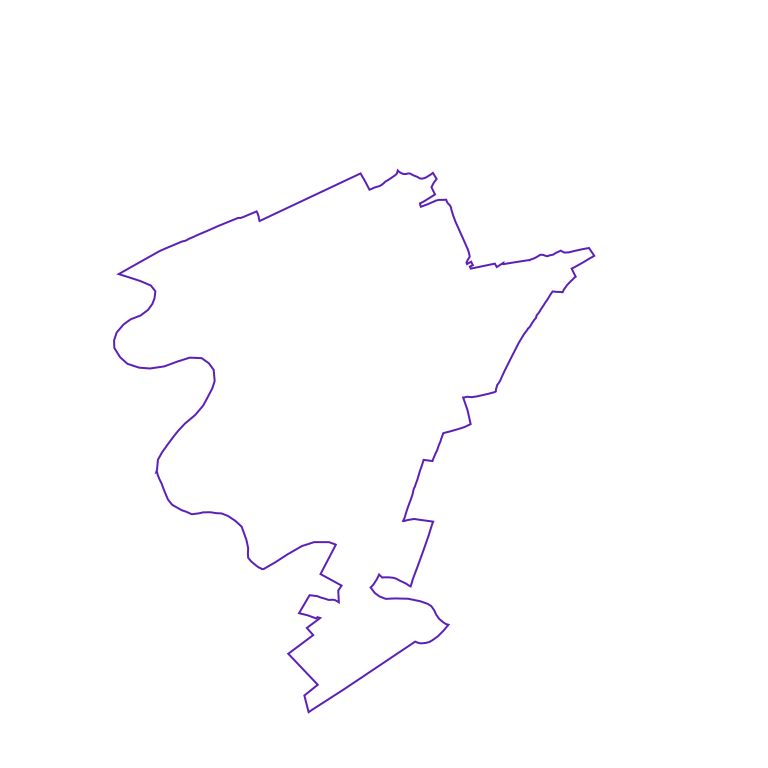 Teasc, Dolj, Romania (Robinson projection), rotated 326°
{"feature_id": "2599482B57508390808222", "entity_name": "Teasc", "entity_type": "district", "adm_level": 2, "iso_a3": "ROU", "parent_name": "Romania", "parent_adm1": "Dolj", "projection": "robinson", "projection_center": [23.888, 44.168], "detail": "fine", "context": "isolated", "style": "outline", "palette": "violet", "viewbox_px": 768, "rotation_deg": 326, "n_neighbors": 0, "source": "geoboundaries", "source_scale": "gbopen_adm2", "svg_char_len": 5650}
<svg xmlns="http://www.w3.org/2000/svg" viewBox="0 0 768 768"><g transform="rotate(326 384 384)"><path d="M302.8,619.6L301.0,617.5L299.7,614.2L298.4,609.7L298.3,604.4L299.1,599.7L299.0,594.7L297.3,590.7L292.6,584.4L283.9,575.5L273.3,568.0L265.3,563.1L261.5,557.7L259.5,552.1L259.1,545.2L262.7,544.5L268.6,542.0L272.6,539.7L273.4,539.2L273.5,540.2L273.8,541.4L274.1,542.4L274.3,543.5L275.8,544.2L278.2,545.8L279.9,547.0L281.6,548.4L283.3,549.8L285.3,552.3L286.7,555.1L289.7,560.1L290.9,562.3L291.7,564.5L292.9,566.7L296.3,564.0L298.4,562.2L303.7,558.4L309.9,554.0L319.0,547.4L324.3,543.5L335.2,535.4L344.7,527.8L346.9,526.2L347.8,525.6L335.5,514.6L333.7,512.9L333.2,512.6L332.1,512.1L328.2,510.3L327.0,509.8L325.1,509.2L323.9,508.7L323.4,508.5L323.2,508.3L326.5,506.3L327.9,505.1L331.4,502.2L337.0,498.0L341.4,494.9L345.8,491.6L349.1,488.4L350.6,487.2L351.7,486.7L353.0,485.7L358.1,482.0L362.6,478.3L365.1,476.2L368.7,473.6L370.0,472.6L374.4,469.1L377.2,471.5L381.1,475.0L383.0,473.6L386.2,471.5L388.7,469.9L390.0,469.3L392.1,467.8L395.2,465.4L398.7,463.2L400.3,461.8L401.5,460.9L402.2,460.5L405.7,457.9L411.8,460.1L420.7,463.0L426.6,464.7L433.4,465.7L438.7,452.2L440.6,444.9L442.0,439.6L442.1,439.4L443.2,440.1L444.2,440.5L445.3,440.8L446.0,441.2L449.1,443.8L450.0,444.3L451.2,444.8L454.0,446.2L457.6,447.6L465.4,450.6L470.1,452.2L471.3,452.6L472.6,452.7L473.9,450.9L475.0,450.1L477.5,448.0L479.0,447.6L480.9,446.8L483.0,445.7L486.4,443.5L492.3,440.0L503.1,433.9L518.8,425.2L525.5,422.1L528.6,420.7L531.4,419.8L533.4,419.1L534.3,418.5L535.5,418.5L537.0,418.1L538.3,417.5L540.2,416.6L542.6,415.6L544.3,414.9L545.4,414.6L546.7,414.3L547.5,413.7L548.3,413.0L548.9,412.5L549.3,412.3L549.8,412.1L550.3,412.0L551.3,411.8L552.0,411.5L553.4,411.0L555.0,410.2L556.2,409.7L557.8,409.0L560.1,408.1L563.2,406.7L565.4,405.9L567.8,404.9L569.9,403.9L571.6,403.1L574.9,401.8L575.6,401.6L575.8,401.8L578.8,404.3L579.9,405.0L581.7,406.4L583.4,407.8L584.1,407.4L584.9,406.9L585.4,406.6L585.9,406.3L587.3,405.8L588.0,405.5L589.6,405.0L590.4,404.6L591.2,404.3L594.2,403.7L596.3,403.2L598.0,403.0L600.1,402.5L601.6,402.3L602.9,402.3L604.1,393.3L608.4,393.8L618.1,394.6L625.2,394.9L627.9,395.2L630.0,395.3L630.0,385.9L625.1,383.7L616.8,380.4L613.8,379.3L610.6,378.1L606.9,375.8L605.1,372.3L604.4,372.2L601.5,371.7L599.7,371.4L597.4,371.4L596.5,371.3L596.2,371.2L594.8,370.6L593.7,370.2L592.6,369.7L591.7,369.7L590.8,369.3L590.3,368.8L589.5,367.9L588.9,367.1L588.1,366.0L587.8,365.6L587.3,365.3L586.0,364.4L585.3,364.2L583.9,364.2L583.1,364.2L581.7,364.1L580.4,364.0L578.9,363.8L577.6,363.5L575.5,362.9L574.3,362.7L574.1,362.8L574.0,362.6L573.2,362.2L566.8,359.2L562.0,356.9L559.8,355.9L554.4,353.4L550.0,351.4L549.7,351.1L550.5,350.3L542.9,350.1L543.2,346.2L520.5,336.9L520.8,334.7L524.1,335.2L524.6,331.3L519.9,331.0L520.2,329.6L522.4,328.1L525.2,326.9L526.4,326.2L528.0,322.0L528.7,319.6L531.2,305.7L531.8,302.0L533.1,294.8L533.5,292.3L534.1,289.0L534.6,287.1L535.1,284.9L535.5,283.2L536.0,281.5L537.7,276.2L538.2,275.4L538.4,274.2L538.5,272.5L538.1,270.5L538.0,268.2L538.6,266.0L535.2,263.9L532.5,262.1L529.8,261.0L527.0,260.6L524.2,260.0L521.2,259.5L513.7,257.7L513.8,257.2L513.9,256.5L514.1,256.0L514.5,255.2L514.8,254.4L518.6,254.9L523.1,255.1L528.7,255.3L532.3,255.4L533.0,250.0L533.4,247.4L534.1,247.0L535.7,246.1L538.0,244.9L542.3,243.4L542.6,236.3L539.9,236.5L538.1,236.4L536.1,236.3L533.7,236.2L532.0,235.7L530.5,235.1L529.3,234.2L528.5,233.2L528.0,232.2L527.7,231.4L527.1,230.4L526.4,229.4L525.6,228.3L524.6,226.6L524.2,225.9L523.6,224.8L523.2,224.0L522.8,223.6L522.0,223.1L521.2,222.7L520.5,222.5L519.8,222.3L518.5,221.5L517.8,220.9L517.3,220.4L516.3,219.0L515.9,218.1L515.5,217.4L515.3,216.7L514.9,215.5L514.8,214.7L513.1,216.1L512.6,216.7L511.9,216.9L510.1,217.2L507.0,217.2L503.2,217.2L501.1,217.2L499.3,217.0L498.1,217.0L495.9,217.4L493.6,217.6L491.1,217.4L487.6,216.3L485.2,215.6L483.7,215.5L480.6,214.8L481.6,206.2L482.3,196.3L372.0,179.3L372.8,176.8L373.7,175.2L374.5,172.2L374.9,169.7L360.9,166.9L358.0,166.2L357.0,165.4L355.8,164.7L342.5,161.9L334.9,160.3L323.0,158.2L314.9,156.6L311.0,155.9L308.2,155.5L303.5,154.6L302.9,154.5L302.0,154.5L300.9,154.4L299.2,154.1L298.3,153.7L296.1,152.9L279.4,149.6L272.2,148.3L225.5,144.5L232.4,153.2L239.5,162.3L245.8,172.0L246.3,179.3L241.7,184.6L236.7,188.1L229.9,190.6L220.5,191.1L210.3,188.7L201.4,189.0L191.2,191.8L184.6,196.9L180.6,203.3L180.2,214.2L182.6,223.8L190.1,233.5L198.7,240.3L211.6,246.5L225.4,249.9L237.6,253.5L247.3,260.6L250.4,268.9L250.7,277.1L245.3,286.8L239.4,291.5L230.2,296.5L221.9,300.8L210.1,304.1L196.8,305.5L187.3,307.7L180.1,309.9L171.0,313.1L161.7,316.6L154.2,320.4L148.1,327.9L146.0,329.7L146.8,329.7L145.6,332.7L144.6,337.4L144.0,341.9L142.8,346.8L141.8,351.3L140.3,358.9L140.8,365.6L141.6,367.3L145.7,375.5L148.6,379.3L151.7,384.3L152.4,384.8L158.4,387.8L162.3,389.3L168.2,393.1L173.1,397.6L176.8,400.3L180.9,406.2L184.2,414.3L186.2,422.6L184.7,428.7L182.8,436.2L179.6,444.1L176.0,449.0L174.2,452.2L174.7,456.9L176.6,463.4L177.6,466.1L179.1,468.4L179.3,469.2L180.7,470.1L187.1,470.5L193.5,471.0L209.3,471.3L225.6,472.5L231.6,474.3L237.6,476.0L249.9,484.3L253.6,489.3L254.2,490.3L225.1,506.1L236.1,527.4L230.6,529.6L224.5,539.7L222.6,535.8L220.9,534.2L217.4,532.1L214.6,528.5L212.1,525.6L210.0,522.5L204.2,517.5L185.4,526.5L191.4,533.1L196.6,540.3L198.5,540.1L200.2,542.3L183.6,543.1L184.9,552.6L153.8,554.1L160.9,596.3L143.8,597.7L138.0,613.9L143.0,613.9L179.9,614.7L263.7,615.0L265.8,615.0L267.3,617.3L269.2,619.4L270.9,620.4L273.6,621.9L277.1,623.2L280.8,623.5L284.3,623.4L287.7,623.3L290.6,622.7L295.3,621.8L302.8,619.6Z" fill="none" stroke="#5b21b6" stroke-width="2"/></g></svg>